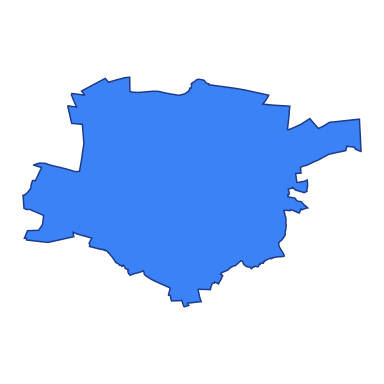 outline of Biharia, Bihor, Romania
{"feature_id": "2599482B24055189409402", "entity_name": "Biharia", "entity_type": "district", "adm_level": 2, "iso_a3": "ROU", "parent_name": "Romania", "parent_adm1": "Bihor", "projection": "natural_earth1", "projection_center": [21.929, 47.156], "detail": "fine", "context": "isolated", "style": "filled", "palette": "blue", "viewbox_px": 384, "rotation_deg": 0, "n_neighbors": 0, "source": "geoboundaries", "source_scale": "gbopen_adm2", "svg_char_len": 5884}
<svg xmlns="http://www.w3.org/2000/svg" viewBox="0 0 384 384"><path d="M284.1,256.1L283.9,254.5L279.7,247.6L278.9,245.6L278.7,243.5L278.9,242.7L279.1,242.3L279.4,242.0L279.9,241.5L280.8,240.8L282.0,239.8L282.6,238.9L283.7,237.5L284.8,235.6L285.2,234.9L285.3,234.2L285.1,232.5L285.3,231.4L285.3,231.0L285.5,230.2L285.8,229.6L285.9,229.2L285.9,228.7L285.8,228.0L285.9,227.5L286.3,225.5L286.1,224.4L285.9,223.5L285.9,221.5L286.0,219.0L285.9,218.5L285.8,217.6L285.2,215.8L284.8,214.2L284.7,213.3L284.4,212.6L284.4,212.2L284.3,211.8L284.3,211.5L284.0,210.2L284.6,210.2L290.0,210.7L290.2,209.9L291.5,210.1L292.1,210.2L293.0,210.4L294.7,211.1L296.4,212.0L299.3,213.0L300.9,209.0L302.1,209.8L303.2,209.2L306.4,208.1L307.7,207.9L306.0,206.3L303.9,204.7L303.4,204.2L302.8,203.6L302.4,202.9L301.5,202.0L300.6,201.5L299.4,201.4L298.5,201.3L297.3,201.0L296.7,200.7L296.3,200.2L295.8,199.3L295.5,198.5L295.0,198.2L294.9,198.2L293.2,197.8L289.0,197.0L288.0,196.7L288.2,196.3L288.1,195.5L288.0,195.1L287.7,194.6L289.3,194.1L289.1,192.6L288.8,191.2L288.7,191.3L288.3,189.6L288.3,189.0L289.6,188.8L292.0,188.1L292.3,187.7L292.6,187.4L292.7,187.7L292.9,188.1L293.5,188.5L294.1,188.6L294.6,189.0L294.8,189.6L295.3,189.9L295.7,190.1L298.7,191.0L300.0,191.5L301.6,191.7L302.1,191.8L302.8,192.2L303.7,192.6L304.4,192.6L304.9,192.4L305.9,191.7L306.9,191.4L306.7,190.3L307.4,186.8L307.6,186.3L307.6,185.4L307.5,184.1L307.6,183.0L307.1,180.0L304.8,181.1L303.6,181.5L301.0,181.8L299.4,182.2L298.1,182.4L296.9,182.5L295.6,173.5L301.0,173.1L300.5,167.4L302.6,166.3L303.2,166.1L303.8,166.0L307.1,165.1L314.2,161.7L318.3,160.0L319.2,159.6L323.7,157.0L325.2,156.2L328.7,154.4L329.1,154.3L332.5,153.4L343.2,151.2L345.8,150.6L346.6,147.5L346.6,146.3L348.5,146.5L354.6,147.2L355.1,148.8L355.9,149.5L357.3,149.9L358.2,150.4L359.1,150.8L361.0,151.4L360.4,138.0L360.3,136.2L359.5,121.3L359.5,119.2L358.9,119.2L350.5,120.1L341.1,121.1L335.1,121.8L333.5,121.9L329.9,122.3L328.8,122.7L324.6,125.4L322.2,126.7L318.3,128.5L318.2,128.3L317.4,127.4L309.8,118.6L302.3,123.4L300.5,124.6L299.8,124.9L299.7,124.8L298.4,125.5L293.6,127.7L288.1,129.9L287.5,129.5L287.9,125.1L288.5,120.5L288.9,115.8L289.1,115.5L289.2,115.0L289.2,114.2L289.1,113.6L289.3,110.6L289.5,109.6L289.8,106.2L272.4,105.1L262.8,104.1L263.4,103.3L265.5,100.8L268.1,96.6L268.7,95.2L244.9,90.0L239.2,89.0L237.5,88.7L230.1,87.6L220.4,86.3L216.8,85.8L208.9,84.8L209.1,84.1L206.2,83.0L204.1,80.3L203.9,80.2L201.4,79.7L198.7,79.2L197.2,79.6L196.0,80.2L195.3,80.8L194.7,81.5L193.7,82.1L192.7,82.5L192.0,83.2L191.3,83.6L191.5,84.3L191.5,86.4L191.5,87.3L191.3,88.0L189.8,88.1L189.5,89.5L188.6,91.0L188.3,91.3L185.6,93.3L185.2,93.5L184.5,93.9L181.6,94.7L179.8,95.2L176.1,95.0L175.5,94.7L171.3,94.1L165.4,93.0L159.0,91.5L157.5,91.3L154.2,91.3L152.9,91.2L140.0,92.4L137.4,92.4L133.1,92.2L131.9,92.1L129.9,91.1L129.7,77.2L123.9,77.8L122.3,78.5L118.5,79.3L110.9,81.5L108.9,82.1L108.6,82.3L105.2,78.4L81.6,91.0L84.6,94.9L84.3,95.1L77.7,94.2L71.9,93.5L71.4,95.0L71.6,95.5L72.0,96.1L72.6,97.7L72.6,98.0L76.6,107.1L72.7,106.5L69.4,106.1L68.1,105.8L67.9,106.1L67.8,106.4L68.9,111.1L71.7,123.4L76.9,123.8L82.4,124.4L83.9,143.7L83.8,144.2L82.4,153.3L81.9,157.5L79.9,169.0L79.6,170.4L79.5,170.9L79.4,171.4L78.8,171.4L77.1,171.6L74.9,171.6L72.4,170.8L70.5,170.2L65.9,168.9L59.4,167.2L55.8,166.5L47.9,164.4L47.0,163.9L45.9,163.5L45.1,163.4L44.2,163.3L43.5,163.2L43.1,163.2L41.4,163.2L40.3,163.1L38.2,163.4L33.8,164.9L33.7,165.1L37.4,166.3L40.5,167.2L41.6,167.7L39.7,171.5L36.4,178.6L35.3,180.8L34.4,180.5L33.6,180.5L32.5,180.6L32.1,182.0L31.2,184.4L30.9,186.4L31.1,187.9L29.5,189.9L27.7,192.3L25.6,194.2L24.5,194.9L24.5,195.2L23.0,195.2L23.3,198.9L23.5,200.9L23.7,204.2L24.0,208.3L24.9,208.7L26.4,209.5L27.0,209.5L29.8,209.4L31.0,209.9L31.9,210.4L43.0,215.1L43.6,215.8L42.5,224.7L38.6,230.3L27.5,230.7L24.4,238.3L26.3,238.2L26.3,239.1L26.5,240.0L41.2,241.7L48.1,242.4L73.8,236.7L73.0,232.3L77.4,234.1L82.1,235.4L90.7,237.8L91.9,238.1L89.1,243.2L90.0,245.4L89.5,246.5L101.5,249.5L101.7,249.2L104.7,249.9L104.4,250.3L106.3,250.8L106.6,250.9L106.9,251.0L108.0,252.4L109.4,253.7L110.9,255.5L112.7,257.7L113.7,259.3L114.7,260.6L115.2,261.7L116.1,262.7L116.7,263.1L117.7,263.3L118.5,264.0L119.2,265.0L119.6,265.2L120.4,265.2L121.1,265.4L121.2,265.6L121.9,266.4L123.4,265.1L124.0,266.0L124.0,266.3L125.0,267.3L125.2,268.5L126.1,268.9L126.9,268.9L127.6,269.4L128.0,269.4L128.4,269.9L128.4,270.2L127.8,270.7L128.1,272.4L128.8,273.9L129.7,274.6L130.1,275.3L130.9,274.9L131.6,274.6L135.2,273.4L139.0,272.5L142.8,271.2L143.5,270.8L143.8,271.6L144.0,272.6L144.3,274.2L145.2,275.3L149.8,278.4L150.8,279.0L153.6,280.5L155.8,281.6L160.8,283.8L165.1,285.7L169.7,287.8L170.0,288.0L170.2,288.4L170.1,288.7L169.7,290.2L169.2,292.2L168.4,295.0L168.5,295.2L170.1,295.6L170.4,295.7L170.5,296.2L171.0,299.4L171.4,300.6L171.8,301.0L173.4,300.8L174.5,300.8L178.9,300.7L181.8,300.4L182.3,302.1L183.7,306.0L184.2,306.8L188.7,305.5L187.6,303.1L189.1,302.9L190.4,302.9L197.6,302.0L201.2,301.7L199.5,296.6L199.2,294.7L198.2,290.5L198.2,289.3L210.4,289.6L211.1,286.5L212.4,283.1L214.4,283.1L214.8,282.0L218.6,283.9L218.9,282.9L221.6,278.3L221.7,277.2L222.5,276.4L222.7,275.8L222.3,275.2L221.8,274.8L220.5,274.2L221.6,272.7L227.6,270.2L228.3,269.7L229.4,268.5L231.0,267.3L233.7,266.0L235.4,265.6L241.1,260.6L241.7,260.8L242.7,261.9L243.4,263.5L243.8,264.3L244.8,265.3L246.0,266.2L246.8,266.6L248.3,267.0L249.1,267.0L249.9,267.1L250.4,267.5L251.4,268.7L252.1,268.2L252.5,267.5L252.9,267.2L253.2,267.0L253.9,267.0L254.3,266.9L254.7,266.6L255.0,266.3L255.2,266.2L255.5,266.2L257.3,266.8L257.6,266.8L258.1,266.7L258.6,266.2L259.0,265.1L259.4,264.3L260.3,264.3L260.4,263.1L263.4,263.2L263.8,261.6L264.6,261.5L264.8,260.8L265.9,260.3L268.1,259.1L270.3,258.3L270.8,258.7L271.6,258.4L271.6,258.5L273.4,257.7L274.8,257.3L279.0,256.7L280.8,256.7L283.9,256.4L284.1,256.1Z" fill="#3b82f6" stroke="#1e3a8a" stroke-width="1.5"/></svg>